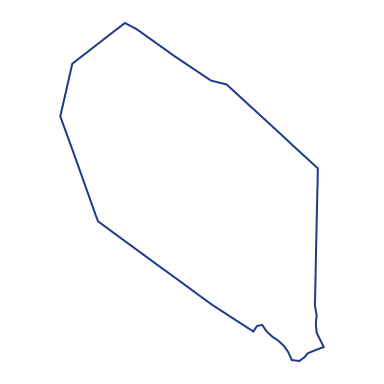 Porteiras, Ceará, Brazil (Robinson projection)
{"feature_id": "56859067B96869149355187", "entity_name": "Porteiras", "entity_type": "district", "adm_level": 2, "iso_a3": "BRA", "parent_name": "Brazil", "parent_adm1": "Ceará", "projection": "robinson", "projection_center": [-39.083, -7.546], "detail": "fine", "context": "isolated", "style": "outline", "palette": "blue", "viewbox_px": 384, "rotation_deg": 0, "n_neighbors": 0, "source": "geoboundaries", "source_scale": "gbopen_adm2", "svg_char_len": 630}
<svg xmlns="http://www.w3.org/2000/svg" viewBox="0 0 384 384"><path d="M136.7,29.2L124.9,23.0L112.0,32.9L72.3,63.7L60.3,116.4L74.4,155.2L96.1,216.3L98.0,221.3L112.2,231.8L156.7,264.4L178.5,280.2L201.4,297.0L212.5,305.1L253.3,331.5L257.0,326.0L262.1,324.9L266.7,331.5L272.1,336.5L278.2,340.6L284.0,346.0L288.2,352.1L291.9,360.1L299.3,361.0L304.4,357.3L307.6,353.4L313.9,350.7L323.7,347.0L316.6,332.6L315.8,324.0L316.6,315.1L314.9,305.7L315.4,284.6L316.1,248.2L317.4,188.9L317.6,183.6L317.8,168.3L292.4,145.1L287.6,140.5L271.1,125.3L226.6,84.5L211.0,80.6L175.0,56.5L136.7,29.2Z" fill="none" stroke="#1e3a8a" stroke-width="2"/></svg>